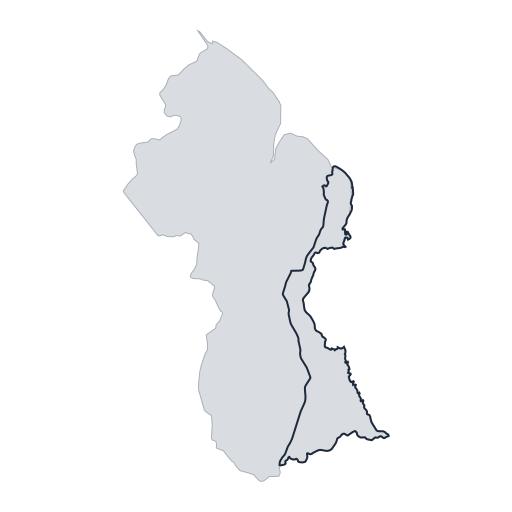 Guyana, with East Berbice-Corentyne highlighted
{"feature_id": "GUY-671", "entity_name": "East Berbice-Corentyne", "entity_type": "Region", "adm_level": 1, "iso_a3": "GUY", "parent_name": "Guyana", "parent_adm1": "", "projection": "robinson", "projection_center": [-57.523, 3.897], "detail": "fine", "context": "in_parent", "style": "outline", "palette": "slate", "viewbox_px": 512, "rotation_deg": 0, "n_neighbors": 0, "source": "natural_earth", "source_scale": "10m", "svg_char_len": 9593}
<svg xmlns="http://www.w3.org/2000/svg" viewBox="0 0 512 512"><path d="M158.3,236.0L146.8,221.5L135.3,207.0L124.0,192.7L123.3,190.8L128.0,184.0L132.3,179.1L135.8,176.3L137.5,173.9L136.2,163.4L136.3,159.7L134.7,155.6L133.5,151.0L134.9,147.1L136.6,144.4L138.8,143.4L144.1,142.5L147.9,142.1L149.2,140.6L151.3,138.8L154.2,138.7L159.7,139.9L162.3,137.6L166.9,134.5L177.2,129.1L179.5,125.5L181.2,120.1L181.0,117.5L179.9,116.5L177.4,115.6L173.5,115.5L170.3,116.9L167.1,116.1L164.4,112.8L164.2,110.0L165.8,106.0L164.9,103.4L159.8,95.1L159.8,92.9L163.5,89.1L165.7,86.0L168.6,78.4L170.9,75.9L178.1,75.0L179.9,73.4L183.6,69.3L189.0,64.8L196.9,61.1L199.2,54.5L200.6,52.7L206.8,49.2L207.9,47.3L207.8,45.6L197.7,30.7L199.7,31.7L207.5,41.5L211.8,43.6L212.7,43.6L212.7,41.1L216.7,42.2L226.9,48.8L241.8,59.8L262.8,80.6L268.7,88.5L272.8,92.2L279.0,101.3L280.8,105.7L280.6,123.4L275.1,135.3L273.7,144.3L273.4,156.2L270.2,163.1L274.5,159.4L275.8,148.6L279.4,142.0L284.2,134.8L290.5,133.1L297.2,136.2L302.7,136.7L307.5,138.8L317.8,150.3L327.8,159.4L331.4,166.7L342.1,170.3L348.3,176.1L350.3,181.1L351.6,194.1L349.5,213.7L350.1,214.7L347.2,218.6L346.7,221.1L344.9,225.4L343.4,227.8L345.5,233.2L347.9,233.5L348.8,234.2L349.4,235.2L349.3,236.4L348.4,237.4L346.1,238.7L343.9,241.9L344.1,245.3L342.7,247.1L338.4,248.1L329.8,248.1L325.6,248.3L322.2,248.9L320.0,251.1L317.2,252.7L314.9,253.1L313.0,255.7L311.0,259.4L311.7,261.9L313.7,265.3L314.9,268.7L313.3,274.3L311.6,278.6L310.6,281.9L309.3,288.2L306.0,295.2L303.6,299.1L303.6,303.4L304.8,309.5L311.5,318.5L313.8,322.7L315.6,329.5L321.7,334.9L325.5,339.3L325.2,345.0L325.7,346.8L328.0,348.2L330.9,349.4L334.1,349.3L337.0,348.8L337.6,348.0L344.2,347.9L345.0,349.3L345.4,357.6L345.6,360.9L347.2,362.3L348.1,364.3L348.2,366.2L348.5,370.8L349.5,373.2L349.3,378.2L350.0,380.0L351.8,381.2L354.1,384.7L355.0,385.2L355.4,386.4L357.4,391.5L358.4,393.0L359.1,393.2L359.4,395.0L360.8,399.7L361.8,400.8L363.6,404.3L364.4,408.1L366.8,412.3L369.3,415.3L370.4,418.4L373.6,425.3L376.7,430.1L380.9,431.3L384.3,432.0L386.5,433.8L388.7,435.8L386.4,436.8L384.3,438.0L381.4,437.0L377.5,437.6L373.3,438.9L369.5,439.6L362.3,437.4L360.1,437.1L358.6,436.2L355.7,431.9L354.2,431.4L350.4,433.4L345.8,434.8L343.5,434.5L340.8,436.0L338.3,437.9L333.6,446.2L331.1,449.1L328.5,450.4L323.2,450.4L317.6,450.7L313.4,452.7L309.4,453.7L307.5,453.9L306.8,458.4L305.9,460.5L304.7,461.7L301.6,462.1L298.8,461.9L297.2,460.0L294.1,459.1L291.3,458.4L289.5,457.3L288.1,457.6L286.9,459.5L285.9,461.1L285.1,464.1L280.9,465.0L279.1,466.7L280.2,472.3L279.7,474.5L278.8,476.2L273.8,476.5L269.5,476.4L267.0,478.4L263.9,480.8L262.0,481.3L259.8,481.1L256.9,478.4L254.1,474.9L247.0,472.5L239.9,470.6L235.2,465.1L234.1,462.5L231.9,461.3L226.4,454.8L223.4,450.7L220.1,449.6L216.3,447.9L216.5,444.9L216.2,442.0L214.6,440.8L212.3,440.0L211.5,438.4L211.7,434.6L212.2,424.8L211.5,415.5L206.4,412.2L204.3,410.0L200.4,396.2L198.6,390.0L198.5,385.4L199.8,371.6L201.2,365.6L205.2,353.6L207.5,349.6L207.6,346.5L207.4,342.6L206.2,335.0L212.9,330.1L215.7,328.1L216.2,324.8L219.7,320.7L221.3,316.8L222.6,313.7L222.3,312.1L220.7,311.2L218.9,308.2L215.1,299.8L213.7,298.1L212.5,295.8L213.1,292.0L214.6,288.0L214.4,286.3L212.1,284.1L207.4,280.5L203.4,280.2L200.4,278.9L195.9,278.7L192.3,278.3L190.3,277.0L190.7,274.7L191.6,273.0L194.6,268.8L196.7,264.3L196.9,259.8L197.5,254.0L198.4,249.0L198.9,243.3L194.2,239.5L192.7,236.4L190.7,233.7L188.6,233.7L185.3,232.5L180.3,236.1L176.3,235.5L173.5,236.8L167.2,236.5L163.2,234.8L158.3,236.0Z" fill="#d9dde1" stroke="#a8b0b8" stroke-width="1"/><path d="M344.0,346.8L345.3,349.9L345.5,350.8L345.4,352.9L345.3,353.3L344.8,354.0L345.0,354.6L345.3,355.1L345.5,355.8L345.4,356.5L345.1,357.8L345.1,358.5L345.2,359.2L345.8,360.6L345.6,361.4L345.3,361.9L345.2,362.3L345.8,362.8L346.3,362.9L346.9,362.7L347.7,361.9L347.8,362.2L348.0,362.3L347.2,364.1L347.7,365.2L348.6,366.2L349.1,367.5L349.5,369.3L349.3,369.5L348.6,369.5L348.4,369.7L348.7,371.4L348.0,372.8L348.7,373.3L350.5,373.5L350.7,374.4L350.1,375.2L349.3,376.0L348.8,376.6L349.5,379.8L349.7,380.4L350.1,380.7L350.6,381.8L351.2,382.1L351.7,382.0L352.8,381.4L353.4,381.2L353.8,381.7L352.9,383.9L353.2,385.0L353.4,384.9L355.3,384.6L355.8,384.8L355.7,385.5L355.1,386.9L355.4,387.7L356.8,389.4L357.3,390.5L357.6,392.9L358.1,393.3L359.2,392.6L359.6,393.3L359.2,394.9L359.2,395.9L359.5,396.5L360.8,398.3L360.9,398.7L360.6,400.8L361.0,401.3L361.7,401.0L362.9,400.1L363.3,400.7L363.2,401.4L363.0,402.0L362.9,402.6L363.0,403.5L363.3,404.0L364.2,405.0L364.4,405.6L364.3,406.2L364.0,407.1L364.4,408.2L366.3,410.1L367.0,411.5L366.9,413.7L367.2,414.2L367.7,414.5L368.9,414.8L369.4,415.1L370.1,416.3L370.6,419.0L371.0,420.3L371.4,422.1L376.6,430.5L378.1,431.2L383.4,431.3L385.5,432.5L385.8,433.0L386.1,433.4L386.6,433.7L387.7,434.1L388.2,434.6L388.5,435.2L388.7,435.9L386.2,437.0L384.5,438.0L383.7,438.1L382.9,437.6L382.1,436.9L381.2,436.3L380.2,436.2L379.3,436.6L378.6,437.2L377.8,437.7L376.7,437.6L375.6,437.4L374.9,437.6L372.5,439.7L371.9,440.1L371.1,440.1L367.3,439.3L366.6,439.0L365.7,438.2L365.4,437.6L364.9,437.3L363.7,437.3L361.9,437.5L361.0,437.5L360.1,437.3L358.6,436.4L357.6,435.5L357.0,434.2L356.7,432.5L355.0,431.0L352.4,432.2L347.8,435.5L346.7,435.2L344.7,433.8L343.4,433.7L342.2,434.2L341.4,435.0L340.7,436.0L339.9,436.9L338.7,437.6L338.0,437.9L337.4,438.4L336.1,442.5L335.5,443.6L331.9,448.8L330.3,450.1L327.8,450.9L326.1,450.9L321.5,450.0L319.6,449.9L317.9,450.4L313.5,452.6L311.7,453.9L310.7,454.2L309.8,454.2L308.2,453.4L307.3,453.3L307.0,453.7L307.1,454.7L307.4,456.6L307.2,457.6L306.9,458.8L305.9,460.7L305.1,461.9L302.8,462.4L300.2,462.3L298.5,461.8L298.1,461.3L297.7,459.9L297.3,459.4L296.4,458.8L295.8,458.9L295.3,459.3L294.6,459.5L293.6,459.5L292.4,459.3L291.3,458.9L290.3,458.4L289.9,457.9L289.4,456.9L289.2,456.8L288.6,457.2L287.9,458.9L287.5,459.7L287.0,460.1L285.8,460.7L285.4,461.1L285.3,461.7L285.6,463.0L285.6,463.6L284.1,464.7L279.5,465.6L279.4,465.8L279.8,462.1L280.3,460.7L282.2,457.6L284.5,454.9L285.1,454.0L287.8,446.7L290.1,442.9L292.1,438.6L300.7,411.4L304.4,403.2L305.1,401.1L305.3,399.9L305.4,398.7L305.5,396.9L304.9,389.0L304.9,388.1L305.1,386.7L306.0,384.9L310.2,378.4L310.4,378.0L310.2,376.8L306.8,367.7L301.1,358.5L300.5,356.6L300.2,354.8L300.1,353.1L300.4,350.3L300.3,349.2L298.5,341.0L298.5,339.6L298.3,338.2L298.1,337.3L296.3,333.3L291.3,324.8L290.9,323.9L290.4,322.5L288.7,314.7L288.6,312.8L289.0,311.0L289.0,309.7L286.8,301.2L283.6,296.0L282.8,294.3L283.0,293.0L285.1,286.3L286.1,282.2L290.7,273.1L291.3,270.8L300.4,270.6L302.0,270.2L303.0,269.6L305.1,262.6L305.9,258.8L306.8,256.3L308.2,254.2L313.5,247.4L316.1,239.5L317.2,237.3L319.0,234.7L320.3,230.8L321.1,229.1L322.9,227.1L323.2,226.1L323.4,224.8L323.9,218.9L326.8,205.3L327.8,202.5L327.9,202.0L327.8,200.9L327.0,200.0L326.2,199.8L325.4,198.8L323.7,194.7L323.9,192.6L323.6,189.7L323.4,188.2L322.4,186.5L323.1,185.8L324.2,185.3L324.6,185.4L324.9,185.5L325.8,186.3L326.1,186.4L326.4,186.3L326.9,185.7L328.1,183.5L328.3,182.1L328.1,181.6L327.3,180.8L327.2,180.5L326.8,178.6L326.7,177.6L326.8,176.9L327.3,176.1L327.6,175.9L328.5,175.6L330.7,175.2L331.5,175.0L332.0,174.6L332.3,174.3L332.4,173.9L332.4,173.5L332.1,172.2L332.3,171.1L332.6,170.4L332.5,170.0L332.7,168.7L332.7,167.7L333.4,166.9L333.9,166.5L334.1,166.3L334.4,166.2L335.4,166.3L336.5,166.8L338.5,167.9L340.9,169.4L342.8,170.8L345.0,172.6L349.4,177.8L350.5,179.6L351.6,181.8L352.1,184.3L352.2,185.8L352.4,186.6L352.7,187.2L352.8,187.7L352.9,188.4L352.1,187.1L351.7,186.7L353.0,189.7L353.0,191.1L353.2,194.3L352.3,196.4L352.1,197.5L351.4,199.3L351.4,200.6L350.9,202.1L350.7,203.5L352.0,205.9L351.9,209.2L351.3,211.1L350.6,212.3L350.0,213.7L347.2,218.2L347.2,218.6L346.7,219.9L346.6,220.9L346.5,222.2L346.3,223.6L345.7,224.6L343.1,227.6L342.7,228.2L342.5,228.9L342.7,229.5L343.2,229.5L344.0,229.1L344.5,229.3L344.8,229.3L345.0,229.4L345.1,233.7L345.2,234.2L345.5,234.5L345.9,234.7L346.4,234.6L346.8,234.4L346.9,233.9L346.4,233.2L346.1,232.6L346.2,232.0L346.6,231.7L347.2,231.7L347.8,231.9L348.0,232.3L348.4,233.4L350.2,235.9L350.6,237.1L350.4,238.0L349.7,238.7L348.9,239.2L348.0,239.6L347.7,238.4L347.3,237.8L346.6,237.5L345.6,237.5L345.0,237.9L344.7,238.7L344.3,240.5L343.5,242.5L343.3,243.2L343.3,244.1L343.5,244.7L345.5,246.8L344.9,247.1L344.5,247.1L344.1,246.9L343.6,246.8L342.8,246.9L341.4,247.6L340.0,248.0L335.7,248.5L334.8,248.8L334.1,248.9L333.8,248.7L332.9,247.8L332.6,247.6L331.3,247.7L330.0,247.9L327.6,248.9L325.5,247.8L323.5,248.0L321.7,249.0L320.2,250.6L319.4,252.3L318.8,252.9L317.5,253.1L316.8,252.9L316.3,252.6L315.7,252.5L315.1,252.7L314.7,253.1L313.6,255.2L311.8,257.4L311.0,258.8L310.6,260.9L311.0,261.7L311.9,262.2L312.8,262.9L313.5,265.4L315.0,267.5L315.4,268.6L315.3,269.8L314.9,270.8L313.9,272.4L313.1,275.5L312.2,277.3L311.2,280.0L310.8,282.0L309.6,283.6L309.1,284.5L308.9,285.7L309.1,286.6L309.4,287.6L309.5,288.6L309.4,290.1L309.0,291.3L308.4,292.4L303.7,297.8L303.0,299.1L302.9,300.4L303.6,303.0L304.3,308.3L304.8,310.4L306.1,312.3L309.7,315.5L310.6,316.6L313.3,321.2L314.5,324.0L314.7,325.2L314.8,327.9L315.2,329.2L315.8,330.4L316.7,331.0L319.3,332.3L321.4,333.8L321.6,334.2L321.8,335.3L322.3,336.2L322.4,336.6L322.6,336.9L322.9,337.0L323.5,337.1L323.6,337.3L324.9,338.2L325.8,339.3L325.7,340.4L324.9,342.2L325.0,343.4L324.7,345.4L324.8,346.0L325.0,346.8L325.2,347.1L325.5,347.3L325.9,347.5L327.5,347.9L330.1,349.5L330.7,349.7L331.2,349.6L331.7,348.4L332.4,348.6L333.4,349.3L334.3,349.4L334.6,349.6L334.9,350.2L335.3,349.9L335.8,349.3L337.3,348.9L337.7,348.3L337.7,347.2L339.4,348.1L340.8,348.6L342.3,348.3L344.0,346.8Z" fill="none" stroke="#1e293b" stroke-width="2"/></svg>